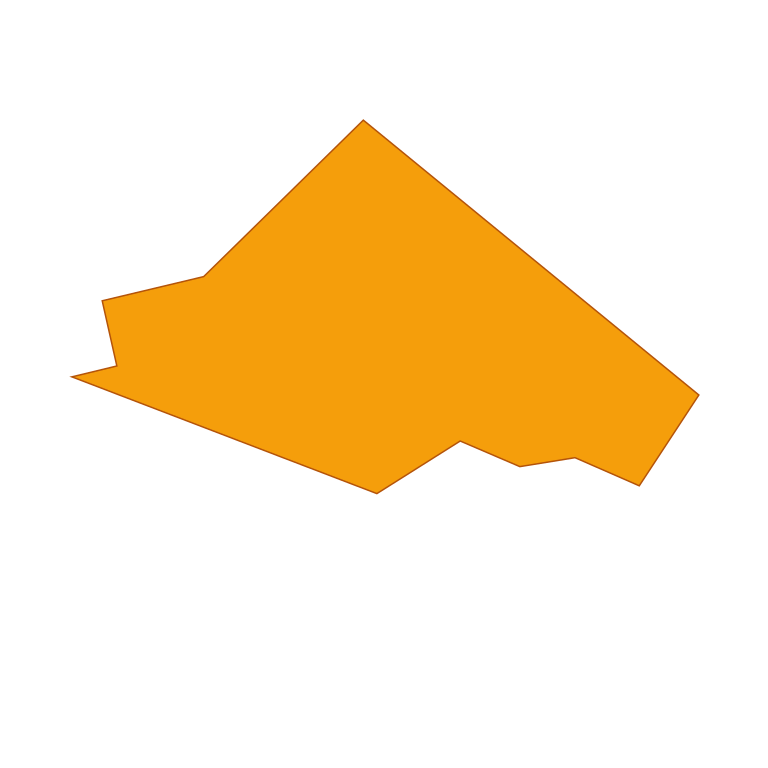 outline of Mengeš, rotated 235°
{"feature_id": "SVN-968", "entity_name": "Mengeš", "entity_type": "Municipality", "adm_level": 1, "iso_a3": "SVN", "parent_name": "Slovenia", "parent_adm1": "", "projection": "natural_earth1", "projection_center": [14.55, 46.165], "detail": "fine", "context": "isolated", "style": "filled", "palette": "amber", "viewbox_px": 768, "rotation_deg": 235, "n_neighbors": 0, "source": "natural_earth", "source_scale": "10m", "svg_char_len": 315}
<svg xmlns="http://www.w3.org/2000/svg" viewBox="0 0 768 768"><g transform="rotate(235 384 384)"><path d="M154.2,534.7L214.1,498.2L238.4,447.9L293.6,413.7L298.3,315.3L568.9,132.4L552.0,175.5L613.8,200.9L575.4,297.9L612.0,518.4L194.4,635.6L154.2,534.7Z" fill="#f59e0b" stroke="#b45309" stroke-width="1.5"/></g></svg>